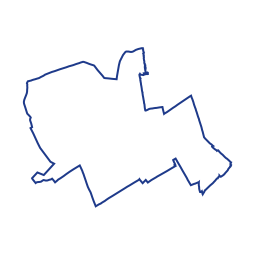 Masloc, Timis, Romania (Equal Earth projection), rotated 275°
{"feature_id": "2599482B91867297298007", "entity_name": "Masloc", "entity_type": "district", "adm_level": 2, "iso_a3": "ROU", "parent_name": "Romania", "parent_adm1": "Timis", "projection": "equal_earth", "projection_center": [21.493, 46.0], "detail": "fine", "context": "isolated", "style": "outline", "palette": "blue", "viewbox_px": 256, "rotation_deg": 275, "n_neighbors": 0, "source": "geoboundaries", "source_scale": "gbopen_adm2", "svg_char_len": 5465}
<svg xmlns="http://www.w3.org/2000/svg" viewBox="0 0 256 256"><g transform="rotate(275 128 128)"><path d="M208.8,135.8L208.7,134.7L207.6,131.4L206.5,129.0L204.9,126.8L204.4,125.9L204.1,124.9L204.0,123.9L204.1,122.9L204.2,121.8L204.1,120.6L204.0,119.5L203.4,118.7L200.3,116.7L193.8,114.1L190.0,113.5L178.4,112.5L175.6,112.4L175.6,108.1L175.7,104.4L175.7,100.7L175.8,99.9L177.8,98.1L183.0,92.7L187.2,88.9L187.5,88.0L187.9,86.1L188.4,84.0L189.3,81.1L190.0,78.2L190.0,77.4L189.1,75.1L188.5,74.0L187.3,71.0L185.8,67.8L184.6,64.6L184.5,64.2L183.1,61.2L180.5,54.9L178.3,50.1L177.2,47.3L173.9,40.7L173.5,40.3L172.4,38.8L171.3,36.9L170.2,35.3L169.9,34.8L169.3,33.2L168.3,30.8L168.2,30.4L167.5,28.6L167.3,28.2L166.9,27.5L165.8,24.2L164.5,23.6L163.9,23.4L163.6,23.4L163.2,23.7L162.6,23.9L161.4,23.9L159.5,24.2L157.8,24.2L157.4,24.2L155.3,24.3L154.7,24.2L154.0,24.2L151.7,23.6L149.1,22.8L146.9,22.2L145.3,22.0L144.0,22.1L143.0,22.4L139.0,24.1L133.9,26.2L133.2,26.7L132.5,27.6L130.6,29.7L130.2,30.0L129.9,30.2L128.4,29.7L127.3,29.8L126.9,29.9L124.0,31.2L121.4,32.1L120.5,32.4L119.4,30.9L114.5,34.0L105.2,39.3L100.5,42.2L87.6,53.7L86.0,57.5L73.8,48.2L75.8,41.6L69.6,36.8L68.8,37.3L65.1,40.8L65.6,41.3L66.0,41.9L66.3,43.1L66.6,44.9L66.9,45.8L67.0,46.1L67.5,46.7L68.5,47.9L68.8,48.4L68.7,49.3L68.5,50.4L68.5,50.5L68.5,51.0L68.7,52.3L68.9,52.7L69.6,54.2L70.0,55.6L70.5,56.3L70.9,56.8L69.7,58.1L67.5,60.1L69.8,62.4L70.4,62.8L72.0,65.0L74.6,68.2L76.5,70.3L79.2,73.5L82.0,77.1L86.5,83.2L83.6,84.9L81.3,86.2L79.7,86.9L78.2,87.7L76.1,88.6L71.6,90.6L69.7,91.4L65.9,93.1L63.3,94.6L61.2,96.0L60.1,96.6L58.3,97.4L56.0,98.4L51.9,100.3L47.2,102.7L48.9,105.0L49.6,106.0L49.8,106.5L50.7,107.9L51.0,108.1L52.8,110.5L52.9,110.8L54.6,112.7L56.4,114.9L59.0,118.5L67.7,130.1L69.4,132.3L70.9,134.5L74.3,139.1L77.2,143.2L78.0,143.8L77.8,143.9L74.3,147.4L77.8,150.2L75.4,152.5L76.6,153.9L77.3,154.8L78.1,155.7L81.5,160.5L82.1,161.2L84.4,164.6L88.6,170.7L91.3,174.4L94.2,178.5L94.4,178.1L94.7,177.8L95.1,177.5L95.6,177.5L95.8,177.7L95.9,178.1L96.1,178.0L96.9,177.6L97.7,177.0L99.3,176.2L99.5,176.0L100.1,175.8L101.7,178.1L98.8,180.1L93.6,183.8L90.5,185.9L84.4,190.2L82.8,191.3L81.8,191.8L81.0,192.4L76.5,195.6L78.2,199.0L78.4,199.7L79.9,202.5L80.1,203.1L80.3,203.3L79.6,203.3L78.4,203.4L77.2,203.5L75.4,204.0L73.7,204.2L71.9,204.8L70.5,205.4L70.5,205.8L70.6,206.1L70.8,206.5L71.5,207.1L70.1,207.7L69.9,207.7L69.6,207.8L69.1,207.9L69.1,208.1L68.6,208.3L69.9,208.9L70.5,209.3L71.6,209.7L72.7,210.2L72.7,210.3L78.0,214.9L78.6,215.5L80.3,217.2L80.9,217.7L82.0,218.5L83.2,219.5L84.2,220.1L85.6,221.2L85.7,221.4L85.7,221.5L85.7,221.8L86.1,222.0L86.7,222.2L87.1,222.4L87.5,223.0L87.9,223.2L88.6,223.2L88.4,223.4L88.3,223.6L87.9,223.8L87.5,224.3L87.7,224.9L87.7,225.0L89.5,227.2L89.8,227.5L90.4,227.9L90.9,228.4L91.5,228.7L94.5,231.0L95.0,231.2L96.1,231.6L97.5,232.6L98.1,233.1L98.8,233.5L99.0,233.2L99.2,233.3L99.3,233.4L99.2,233.7L100.1,234.0L100.7,233.3L101.0,233.1L101.4,233.3L101.8,233.3L102.0,233.5L102.7,233.7L102.9,233.1L103.4,232.7L104.6,231.2L106.1,229.2L106.4,228.5L107.5,227.0L109.6,224.6L110.8,222.8L111.5,222.0L111.9,221.5L113.1,220.3L113.4,219.9L113.6,219.8L113.6,219.5L113.5,219.2L113.0,218.6L113.4,218.3L114.4,216.4L116.1,214.0L116.7,213.4L116.9,213.3L117.3,213.6L117.6,214.3L118.1,213.5L118.7,212.9L119.9,210.8L124.1,205.9L125.4,204.6L131.1,202.6L132.2,202.1L135.2,201.1L142.3,198.1L142.9,198.0L144.1,197.4L145.6,196.7L149.8,195.0L151.3,194.3L153.2,193.6L153.9,193.2L157.2,191.7L159.4,190.9L162.1,189.7L163.8,188.8L165.7,188.0L164.9,186.9L155.4,175.2L153.8,173.4L152.1,171.2L147.3,165.5L145.6,163.1L145.2,162.7L150.1,161.0L151.9,160.5L151.9,160.4L151.2,157.3L150.6,155.0L150.4,154.1L150.4,153.8L150.3,153.6L150.2,152.8L149.5,150.3L149.5,150.0L149.1,148.2L148.8,147.4L148.3,146.6L147.8,145.9L147.5,145.3L147.2,144.8L147.0,144.3L146.9,144.0L147.0,143.7L149.4,143.0L153.1,142.3L154.0,141.9L156.4,141.4L157.3,141.1L160.8,140.2L161.3,140.0L164.8,139.2L164.9,139.3L165.7,138.9L166.8,138.6L168.7,138.2L170.7,137.7L172.4,137.2L174.0,136.9L175.1,136.5L175.9,136.5L176.2,136.2L176.7,136.1L177.2,136.1L178.2,135.8L178.6,136.1L179.0,135.7L179.8,135.3L180.2,135.2L180.9,135.0L181.3,134.9L181.7,134.8L181.9,134.8L182.7,134.5L182.3,134.8L182.5,134.9L182.5,135.2L182.8,135.3L182.2,135.8L182.2,137.7L182.1,138.3L182.1,138.8L182.4,139.2L182.6,139.2L183.2,139.2L183.3,139.3L183.8,139.1L183.8,139.3L183.9,139.5L183.2,140.1L183.1,140.3L183.0,140.5L183.2,141.0L183.3,141.2L183.3,141.6L183.4,141.9L183.4,142.8L183.5,143.1L184.1,143.0L184.7,143.0L184.8,142.9L185.0,142.5L185.0,142.4L184.7,142.0L184.7,141.8L184.6,141.1L184.7,140.8L185.4,140.7L186.4,140.3L187.0,140.3L187.2,140.1L187.4,140.1L187.6,140.3L187.9,140.3L188.0,140.2L188.2,139.9L188.4,139.7L188.5,139.7L188.6,139.9L188.8,139.9L188.9,140.1L189.3,140.4L189.5,140.3L189.4,139.9L189.5,139.9L189.3,139.7L189.7,139.5L189.9,139.6L190.3,139.6L190.2,139.7L190.6,139.7L190.4,139.5L190.7,139.4L191.2,139.4L191.1,139.5L192.3,139.4L193.3,139.2L193.5,138.8L193.9,138.8L194.2,138.6L194.9,138.5L195.4,138.5L196.4,138.3L196.7,138.1L196.9,138.1L198.8,137.6L199.2,137.7L199.6,137.6L199.8,137.7L200.2,137.6L200.5,137.4L201.1,137.3L201.2,137.5L201.4,137.5L201.5,137.4L201.9,137.3L202.2,137.1L202.4,137.2L203.0,137.0L203.3,137.0L203.5,136.8L203.8,137.1L204.3,137.3L204.5,137.1L204.6,136.9L204.9,136.8L205.3,136.9L205.6,136.8L205.7,136.7L206.2,136.4L206.7,136.4L207.2,136.2L207.9,136.2L208.1,136.0L208.1,135.9L208.8,135.8Z" fill="none" stroke="#1e3a8a" stroke-width="2"/></g></svg>